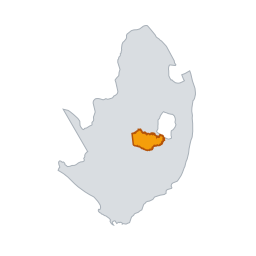 Xhariep, Free State, South Africa (highlighted), rotated 331°
{"feature_id": "47623444B92402502391318", "entity_name": "Xhariep", "entity_type": "district", "adm_level": 2, "iso_a3": "ZAF", "parent_name": "South Africa", "parent_adm1": "Free State", "projection": "equal_earth", "projection_center": [25.946, -29.761], "detail": "fine", "context": "in_parent", "style": "filled", "palette": "amber", "viewbox_px": 256, "rotation_deg": 331, "n_neighbors": 0, "source": "geoboundaries", "source_scale": "gbopen_adm2", "svg_char_len": 7987}
<svg xmlns="http://www.w3.org/2000/svg" viewBox="0 0 256 256"><g transform="rotate(331 128 128)"><path d="M172.7,45.4L178.1,44.5L180.6,45.0L183.5,46.4L186.2,47.0L190.8,46.4L192.4,46.7L193.7,47.2L194.6,48.0L195.8,53.7L196.9,59.9L196.8,61.9L197.0,62.6L198.3,65.2L198.7,66.8L199.5,68.2L201.1,74.7L201.2,75.8L201.0,91.6L200.3,93.5L200.5,96.0L199.7,96.3L195.2,93.1L194.4,93.3L193.1,94.4L191.9,96.3L191.3,97.8L189.0,102.1L188.8,104.7L188.9,107.0L189.7,107.1L190.2,108.8L191.4,111.4L193.5,113.1L195.4,113.8L198.1,114.0L200.3,114.0L200.2,112.2L200.8,107.5L204.3,108.0L209.7,107.9L209.2,111.0L207.2,118.0L205.8,125.8L204.1,129.8L203.2,131.4L200.6,134.3L199.2,135.3L198.1,135.6L193.6,141.4L191.9,144.2L190.4,148.3L188.9,150.5L186.8,155.3L183.0,162.3L179.8,166.9L178.4,168.2L177.5,168.8L175.0,171.5L171.4,175.7L168.7,179.5L164.7,183.8L162.4,185.6L159.0,189.3L158.0,189.9L154.1,193.3L151.4,195.3L146.9,197.7L145.1,198.4L140.8,197.8L139.1,198.1L137.6,199.6L137.4,201.6L136.8,201.9L132.9,201.0L131.3,201.1L130.4,202.2L129.6,203.6L127.4,203.7L123.4,202.3L118.7,201.4L117.6,201.3L115.4,202.4L114.6,202.5L111.3,202.3L109.4,201.6L107.7,201.6L106.3,202.2L104.7,202.4L100.4,206.3L98.1,206.3L96.1,206.7L92.7,206.2L91.6,206.4L90.6,207.1L88.3,207.4L87.4,208.0L83.5,211.5L81.8,211.2L79.7,211.1L77.3,209.2L76.4,209.3L76.7,208.8L76.7,207.8L75.9,206.8L74.9,206.8L74.4,206.0L73.0,205.9L71.9,206.1L71.6,202.9L71.0,202.5L69.6,202.5L68.9,202.6L68.6,202.9L68.2,203.6L68.3,205.9L67.8,205.3L67.2,203.9L67.0,202.4L67.1,200.7L68.2,200.0L67.8,197.9L66.0,194.1L65.0,193.2L64.1,191.3L63.3,190.6L62.9,189.2L62.1,188.1L61.8,186.4L62.2,185.4L62.9,184.9L63.6,185.7L64.4,185.4L65.6,184.1L66.3,182.2L66.2,179.2L66.0,177.3L64.9,172.3L64.4,171.2L62.1,167.7L59.4,162.9L55.9,155.4L54.3,150.9L51.6,141.7L49.4,136.5L46.7,131.7L46.3,131.4L46.7,130.8L48.1,129.7L48.7,129.4L49.0,129.5L49.3,129.2L49.6,128.4L49.8,126.7L50.4,124.9L50.9,124.1L52.2,123.6L53.1,124.3L53.5,125.0L53.7,125.8L54.1,126.3L54.8,126.2L55.2,126.8L55.5,127.9L55.5,128.7L55.1,129.2L55.2,129.8L55.7,130.6L56.3,132.4L58.8,133.4L60.2,133.5L61.5,133.9L62.8,134.7L64.9,134.9L67.7,134.5L70.1,134.7L72.0,135.5L73.3,135.6L74.1,135.1L74.5,134.4L74.4,133.5L74.8,132.9L75.7,132.7L76.4,132.0L77.0,130.8L78.2,129.9L80.3,129.1L81.3,129.2L80.4,80.1L84.1,83.5L85.0,85.1L86.9,89.7L88.8,95.4L89.1,98.1L89.1,98.7L87.3,102.5L87.2,104.3L87.5,106.5L87.9,107.5L88.5,107.9L89.8,107.3L91.8,107.9L95.6,107.7L97.5,107.9L98.0,107.8L98.4,107.3L98.9,106.0L99.4,105.6L101.1,105.0L101.9,104.3L103.1,101.7L106.9,98.3L107.3,97.5L109.6,89.3L110.4,88.1L111.4,87.3L113.5,86.7L114.7,87.0L116.1,87.7L117.6,88.9L119.8,91.2L120.6,91.5L122.8,91.6L124.2,93.1L128.4,94.1L129.6,94.0L130.9,93.2L133.1,93.3L135.4,92.7L136.8,91.3L139.5,82.2L139.8,80.3L140.1,79.7L142.3,78.7L145.0,77.9L145.5,77.5L147.2,75.0L149.4,72.9L150.9,65.6L151.9,63.9L152.5,63.2L152.9,63.2L153.5,62.7L154.2,61.8L155.1,61.3L156.1,61.1L156.8,60.5L157.1,59.5L157.6,59.0L158.3,59.1L158.7,58.7L158.9,58.1L160.5,56.5L160.5,55.9L161.5,54.4L163.4,51.9L165.1,50.6L166.7,50.3L169.8,49.0L170.8,47.9L171.5,46.3L172.7,45.4ZM166.9,151.3L169.5,150.1L171.5,148.5L171.9,145.7L173.4,143.9L174.0,142.3L174.4,140.0L173.6,137.6L172.4,136.9L170.2,134.9L169.2,133.5L167.9,132.3L167.0,130.9L165.4,131.4L163.1,132.5L161.6,133.5L160.3,134.8L158.1,135.6L156.0,139.5L155.3,140.4L153.7,143.3L151.4,144.7L151.3,145.2L152.1,147.5L153.1,149.8L154.3,151.7L154.2,152.8L154.6,153.7L155.6,154.4L157.3,156.7L158.2,157.5L160.8,158.0L161.1,157.9L161.8,156.5L162.0,155.5L163.7,152.5L164.5,151.5L166.9,151.3Z" fill="#d9dde1" stroke="#a8b0b8" stroke-width="1"/><path d="M129.1,134.2L124.6,145.1L124.7,145.7L124.7,145.8L124.9,146.0L125.3,146.8L125.5,147.0L125.8,147.1L126.1,147.2L126.2,147.3L126.4,147.6L126.6,147.6L126.8,148.0L127.2,148.4L127.6,148.4L127.8,148.3L127.8,148.8L127.9,149.3L128.4,149.5L128.6,149.5L129.1,149.6L129.2,149.9L129.1,150.0L129.1,150.3L129.3,150.5L129.5,150.8L129.5,151.1L129.8,151.4L129.9,151.9L130.1,152.0L130.1,152.3L130.4,152.2L130.5,152.4L130.7,152.6L130.6,152.9L130.8,153.1L131.0,153.4L131.3,153.3L131.5,153.3L131.6,153.7L131.5,154.0L131.5,154.3L132.1,154.5L132.2,155.0L132.4,155.1L132.5,155.1L132.7,155.4L132.7,155.5L132.9,155.9L133.0,156.1L133.4,156.1L133.5,156.3L133.9,156.7L133.9,156.9L134.1,157.1L134.3,157.1L134.4,156.9L134.6,157.0L134.7,156.9L134.8,156.9L135.0,157.1L135.3,157.3L135.6,157.6L135.7,157.8L135.8,157.9L136.3,157.6L136.7,157.7L136.9,157.3L137.0,157.3L137.3,157.8L137.1,158.1L137.3,158.2L137.8,158.0L137.8,158.3L138.2,158.5L138.5,158.5L138.8,158.5L138.8,158.1L138.9,157.9L139.4,157.9L139.6,157.6L139.9,157.6L139.9,157.4L139.7,157.0L139.8,156.7L140.0,156.7L140.2,157.0L140.3,157.3L140.4,157.2L140.4,156.9L140.5,156.8L140.7,156.6L141.2,156.6L141.5,156.4L141.9,156.4L142.0,156.4L142.1,156.6L142.3,156.7L142.4,156.4L142.2,156.2L142.4,155.9L142.5,155.9L142.9,156.2L142.8,156.5L143.1,156.6L143.5,156.7L143.5,157.0L143.7,157.3L143.8,157.3L144.1,157.2L144.4,157.4L144.6,157.2L144.8,157.2L145.0,157.0L145.4,157.0L145.7,157.4L145.7,157.7L145.7,157.8L145.9,157.9L146.4,158.3L146.6,158.3L147.1,158.3L147.1,158.5L147.4,158.6L147.6,158.3L147.7,158.6L147.8,158.6L148.1,158.3L148.3,158.3L148.6,158.1L148.8,158.0L149.2,158.4L149.2,158.5L149.4,158.6L149.5,158.5L149.6,158.2L149.8,158.4L150.1,158.3L150.3,158.2L150.1,157.8L150.2,157.6L150.8,157.4L150.9,157.5L151.1,157.5L151.2,157.3L151.2,157.2L150.9,156.9L150.7,156.8L150.8,156.6L151.0,156.6L151.6,156.5L151.7,156.8L151.8,156.9L152.0,156.7L152.0,156.3L152.4,156.3L152.6,156.5L152.8,156.2L152.9,156.3L153.0,156.3L153.1,155.9L153.2,156.2L153.4,156.2L153.5,156.2L153.7,156.3L153.7,156.2L154.0,155.9L153.9,155.7L153.7,155.6L153.7,155.4L153.8,155.4L154.1,155.5L154.4,155.3L154.3,155.2L154.1,155.2L153.9,155.1L154.1,155.0L154.1,154.8L154.4,154.9L154.5,154.9L154.7,154.7L154.7,154.4L154.5,154.5L154.4,154.5L154.3,154.2L154.2,154.0L154.2,153.9L154.3,153.8L154.5,153.9L154.6,153.7L154.6,153.4L154.5,153.2L154.5,153.3L154.4,153.2L154.4,152.8L154.4,152.7L154.4,152.4L154.5,152.3L154.4,152.1L154.6,152.1L154.5,151.9L154.8,151.6L154.7,151.4L154.6,151.5L154.0,151.5L153.7,150.3L153.6,150.2L153.4,150.2L153.4,149.9L153.1,149.7L152.9,149.7L153.0,149.7L152.9,149.4L152.7,149.6L152.4,149.6L152.3,149.9L152.1,149.7L151.7,149.9L152.0,150.1L151.7,150.3L151.4,150.6L151.0,150.7L150.8,150.5L150.7,151.1L150.3,151.0L149.0,150.0L149.0,149.9L149.4,149.9L149.5,149.7L149.4,149.7L149.5,149.5L149.5,149.4L149.3,149.4L149.1,149.1L148.8,149.4L148.9,149.0L149.0,148.9L148.9,148.7L148.9,148.3L148.8,148.2L148.7,148.0L148.2,147.5L148.4,147.0L148.5,146.4L148.6,146.2L148.4,145.9L148.3,145.6L148.2,145.7L148.2,145.8L148.1,145.7L148.0,145.8L147.9,145.4L147.9,145.5L147.7,145.7L147.5,146.0L147.4,145.8L147.2,145.8L147.2,145.7L147.2,145.1L147.4,144.9L147.5,144.7L147.4,144.6L147.1,144.8L146.5,145.0L146.4,145.1L146.4,144.9L146.3,144.7L146.4,144.4L146.4,144.0L146.1,144.0L146.0,143.9L145.9,144.2L145.8,144.3L145.7,144.1L145.4,144.1L145.1,144.0L144.9,144.1L144.8,144.6L143.8,144.3L143.7,143.5L143.7,143.3L143.5,143.2L143.4,143.0L143.4,142.9L143.2,142.7L142.6,142.6L142.4,142.4L142.3,142.7L142.2,142.7L141.9,142.5L141.7,142.7L141.5,142.3L141.4,142.2L141.3,142.3L141.3,141.9L140.7,141.7L140.5,141.2L140.9,141.1L141.2,140.9L141.1,140.5L140.9,140.0L140.6,140.3L140.1,140.5L140.0,139.8L139.6,139.8L139.4,139.5L139.0,139.9L138.9,139.8L139.0,139.5L138.8,139.4L138.4,139.4L138.4,138.9L138.7,138.7L138.3,138.3L138.5,138.2L138.3,137.9L138.4,137.5L138.3,137.4L138.6,136.8L138.2,136.5L138.4,136.1L138.4,135.9L138.4,135.2L138.2,135.2L137.9,135.2L137.7,135.1L137.5,134.9L137.4,135.0L137.3,134.9L137.2,135.1L137.1,134.9L136.9,134.7L136.9,134.9L136.7,134.8L136.5,134.7L136.4,134.7L136.1,134.5L135.9,134.9L135.5,135.1L135.2,135.1L135.1,135.3L134.8,135.3L134.7,135.2L134.4,135.0L134.2,135.1L133.8,135.1L133.7,135.0L133.3,135.0L133.1,135.2L133.1,135.4L133.0,135.6L132.9,135.6L132.7,135.7L132.4,135.9L132.2,136.0L131.9,135.2L131.1,135.2L130.9,135.7L130.7,135.7L129.8,135.0L129.2,135.3L129.1,134.5L129.1,134.2Z" fill="#f59e0b" stroke="#b45309" stroke-width="1.5"/></g></svg>